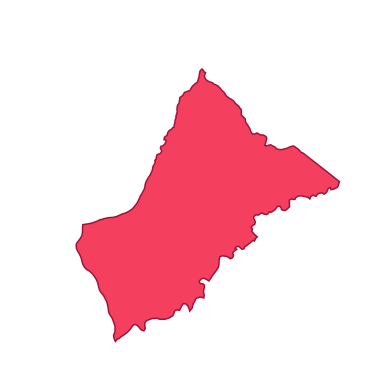 the district of Itaí, São Paulo, Brazil, rotated 243°
{"feature_id": "56859067B26422761030240", "entity_name": "Itaí", "entity_type": "district", "adm_level": 2, "iso_a3": "BRA", "parent_name": "Brazil", "parent_adm1": "São Paulo", "projection": "albers", "projection_center": [-49.058, -23.483], "detail": "fine", "context": "isolated", "style": "filled", "palette": "rose", "viewbox_px": 384, "rotation_deg": 243, "n_neighbors": 0, "source": "geoboundaries", "source_scale": "gbopen_adm2", "svg_char_len": 4337}
<svg xmlns="http://www.w3.org/2000/svg" viewBox="0 0 384 384"><g transform="rotate(243 192 192)"><path d="M124.2,63.6L121.5,63.1L119.5,63.1L117.0,63.5L114.9,63.6L112.7,63.2L110.9,63.0L109.3,62.8L106.8,62.3L105.0,61.2L103.0,60.3L101.7,59.2L100.3,57.3L98.6,56.5L95.7,55.9L93.6,55.9L94.7,58.4L94.6,61.0L95.2,62.8L95.5,65.9L95.9,68.6L96.6,71.6L97.4,74.0L98.6,76.2L100.2,79.5L99.6,81.4L98.2,82.5L96.7,83.1L92.3,84.1L90.1,86.1L91.5,88.4L94.6,89.4L96.7,90.5L97.8,92.4L97.9,94.7L97.4,98.6L96.4,101.3L95.2,103.5L93.0,105.9L90.9,110.2L90.3,113.2L90.2,116.1L90.5,118.9L92.2,120.9L93.7,122.3L94.1,124.6L92.2,127.2L95.0,130.8L96.5,133.5L95.0,135.8L92.3,136.6L89.0,136.4L86.9,135.9L88.6,139.6L90.7,141.2L92.3,143.1L93.3,144.7L95.3,147.1L95.0,149.6L94.9,151.5L93.6,153.0L92.2,154.4L94.5,156.0L97.7,156.9L99.6,158.1L101.5,159.9L103.6,160.8L105.1,160.1L106.5,158.2L108.0,157.4L109.4,158.3L110.4,161.2L109.7,163.5L107.3,165.4L105.1,166.6L106.5,169.5L108.0,171.7L109.1,174.2L111.4,178.8L112.5,180.7L113.7,182.0L115.5,183.3L119.0,185.2L121.8,187.5L121.3,190.1L118.9,193.7L117.0,194.9L115.0,196.0L115.0,198.2L116.7,200.3L118.8,200.4L119.8,201.6L120.6,205.8L122.4,204.9L123.1,207.0L122.2,209.0L118.1,210.7L117.9,212.7L119.2,214.0L119.5,216.1L119.8,218.3L120.2,220.5L120.7,222.4L121.3,224.3L119.9,225.4L121.6,227.3L122.5,229.9L124.4,228.9L127.2,228.0L130.1,227.5L131.5,229.1L133.9,228.8L134.5,230.8L134.7,233.3L136.4,234.7L138.3,235.1L139.9,235.0L142.0,235.6L142.7,238.8L141.6,239.9L141.3,241.6L141.7,243.2L141.3,245.1L139.6,246.1L138.1,248.0L138.1,249.9L139.2,251.9L138.1,253.1L138.1,255.0L138.4,257.6L139.2,259.3L140.4,261.5L139.4,263.9L137.5,264.3L135.9,263.8L134.5,264.6L133.2,266.6L133.7,269.7L134.7,272.3L137.0,273.3L138.7,274.2L140.6,275.1L140.7,277.5L139.5,278.7L138.7,280.4L139.8,281.6L140.0,283.4L140.0,285.6L138.8,287.8L137.1,290.1L135.7,291.7L134.1,293.2L132.3,293.8L134.1,295.7L134.2,298.4L131.8,300.5L133.2,303.1L133.0,305.2L132.1,307.7L130.1,308.7L130.5,311.7L132.1,313.6L133.4,315.2L133.2,317.2L131.0,316.8L130.2,319.3L130.2,321.3L130.1,323.2L131.0,325.0L132.8,326.6L134.2,328.1L152.1,319.9L176.3,308.6L177.7,307.2L180.2,306.7L182.6,305.8L184.3,304.8L186.0,304.0L187.2,302.9L187.8,299.1L187.8,296.4L188.3,294.8L188.8,292.3L189.5,290.2L191.7,287.1L194.3,286.4L196.2,285.0L198.3,283.6L198.9,281.6L199.2,279.4L200.5,278.0L201.8,279.4L203.6,281.0L205.9,283.0L207.8,283.1L210.3,281.6L211.8,278.9L215.1,276.7L215.3,273.8L216.2,272.2L219.2,271.8L222.5,272.3L226.1,272.0L228.2,271.7L230.4,271.6L232.9,272.6L235.9,271.7L238.0,270.9L241.8,272.8L243.7,273.3L245.6,272.6L247.5,272.6L250.9,270.9L252.5,270.8L254.8,270.2L256.6,269.2L258.6,267.8L261.9,266.2L264.2,266.0L266.0,265.9L268.9,264.8L271.4,264.3L272.9,263.8L274.4,263.4L276.0,262.4L278.1,260.6L280.1,259.8L282.7,257.2L284.7,256.0L286.9,255.3L289.3,255.5L291.2,257.0L292.2,258.3L293.7,257.3L295.3,257.3L297.1,256.6L296.1,254.0L293.9,252.2L292.1,251.1L289.3,248.5L287.5,246.9L287.1,243.9L285.8,239.8L284.9,238.5L283.6,236.5L283.5,234.4L284.0,232.7L284.1,230.4L282.2,227.5L282.0,225.8L281.6,224.0L279.4,222.5L277.2,220.9L276.1,218.9L274.8,217.6L272.1,215.9L270.3,215.4L267.8,213.0L266.3,211.8L264.9,211.1L264.0,209.8L261.8,208.4L259.9,206.6L258.1,205.6L258.0,203.9L257.2,202.1L257.2,200.1L256.7,198.4L255.2,196.7L253.8,195.3L253.3,192.3L251.3,190.8L250.4,192.2L248.7,191.9L247.2,189.6L246.3,187.1L246.8,185.1L245.4,183.7L242.2,183.7L240.7,181.4L241.1,177.9L239.6,176.2L238.1,175.7L237.1,173.3L234.8,172.4L233.3,170.2L232.5,168.8L231.0,167.8L229.2,166.3L227.6,164.3L226.0,162.1L224.9,160.0L223.9,158.4L222.8,156.8L221.7,155.4L220.0,153.7L218.0,152.4L216.1,150.6L214.5,148.3L213.1,146.3L212.3,144.8L210.3,142.3L208.2,139.6L206.9,137.7L205.4,134.5L204.1,131.5L203.7,129.2L203.5,127.2L203.4,123.6L204.1,119.7L204.4,113.4L205.2,110.3L206.9,106.3L207.7,103.5L208.1,101.5L208.8,98.3L209.1,96.3L209.1,93.7L209.6,90.0L210.0,88.0L210.5,85.8L211.9,81.7L212.5,79.9L210.7,78.7L209.3,77.9L205.9,76.2L203.8,74.6L202.4,73.0L201.2,71.1L199.9,68.4L199.1,66.6L198.0,65.2L196.5,64.3L194.4,63.5L192.2,63.3L190.7,63.3L188.7,63.5L187.1,63.5L184.6,63.4L182.6,63.1L178.4,62.1L176.0,61.9L173.6,62.1L170.5,63.1L168.1,64.7L164.2,66.2L160.6,66.8L157.8,67.0L153.9,66.8L150.0,65.7L147.3,65.2L144.3,65.2L139.8,66.2L136.7,66.2L132.9,66.2L128.5,65.2L125.6,64.3L124.2,63.6Z" fill="#f43f5e" stroke="#9f1239" stroke-width="1.5"/></g></svg>